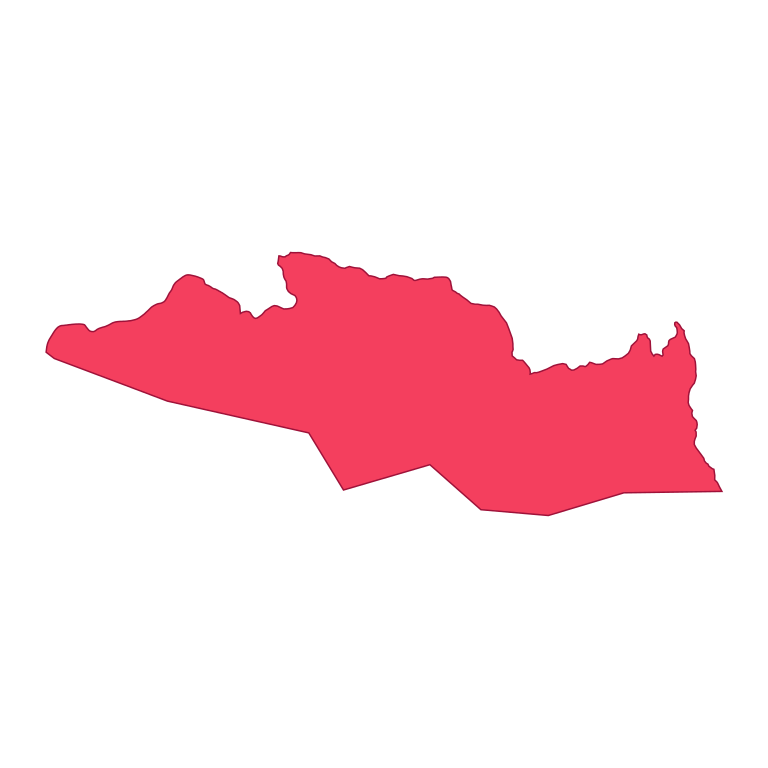 the district of Taklai, Geylegphug, Bhutan
{"feature_id": "84629894B24283524280478", "entity_name": "Taklai", "entity_type": "district", "adm_level": 2, "iso_a3": "BTN", "parent_name": "Bhutan", "parent_adm1": "Geylegphug", "projection": "orthographic", "projection_center": [90.652, 26.809], "detail": "fine", "context": "isolated", "style": "filled", "palette": "rose", "viewbox_px": 768, "rotation_deg": 0, "n_neighbors": 0, "source": "geoboundaries", "source_scale": "gbopen_adm2", "svg_char_len": 5982}
<svg xmlns="http://www.w3.org/2000/svg" viewBox="0 0 768 768"><path d="M278.9,255.9L278.2,261.2L277.7,263.5L278.4,265.0L280.3,266.4L282.2,268.4L283.2,271.2L283.3,274.2L283.9,277.1L284.5,278.5L285.2,279.8L286.1,281.2L286.6,283.9L286.6,286.2L286.6,287.5L286.9,288.8L288.4,291.5L290.9,293.6L293.6,294.9L294.9,295.5L295.6,296.5L296.3,297.6L296.6,298.5L296.9,300.4L296.4,302.8L294.8,305.5L292.8,307.6L289.5,308.5L286.9,308.9L285.3,308.9L283.9,309.0L282.2,308.3L279.0,306.8L277.2,306.0L275.8,305.8L274.3,305.6L272.9,306.1L271.7,306.6L270.2,307.6L267.0,309.7L265.3,310.7L263.7,312.7L262.0,314.6L260.7,315.6L258.3,317.3L257.2,318.0L255.3,318.4L254.1,317.9L252.6,316.5L251.1,314.3L250.4,312.9L249.5,312.3L248.8,311.7L247.6,311.5L246.5,311.3L245.3,311.5L242.5,312.3L240.4,313.5L240.0,309.2L239.7,305.6L238.7,303.7L238.0,302.6L237.1,301.7L236.0,300.9L234.9,300.1L233.8,299.4L232.6,298.9L231.3,298.4L230.1,298.0L228.9,297.5L227.8,296.7L226.7,295.9L225.7,295.2L224.6,294.4L223.5,293.7L222.4,292.9L221.2,292.3L220.1,291.6L218.9,291.0L217.8,290.3L216.6,289.7L215.4,289.1L214.1,288.8L212.9,288.4L211.8,287.7L210.7,286.8L209.6,286.2L208.4,285.5L207.1,285.1L205.9,284.6L204.9,283.8L204.5,282.5L204.1,281.2L203.6,279.9L202.8,279.1L201.6,278.5L200.4,278.0L199.1,277.5L197.9,277.0L196.6,276.6L195.4,276.2L194.1,275.9L192.8,275.6L191.4,275.3L190.1,275.0L188.8,274.9L187.5,274.9L186.3,275.1L185.1,275.6L183.9,276.3L182.7,277.0L181.7,277.8L180.6,278.6L179.5,279.4L178.5,280.2L177.4,281.0L176.4,281.8L175.4,282.7L174.6,283.8L173.8,284.9L173.2,286.0L172.7,287.3L172.2,288.5L171.7,289.7L171.0,290.8L170.2,291.9L169.4,293.0L168.8,294.1L168.2,295.3L167.6,296.5L167.0,297.7L166.3,298.8L165.6,300.0L164.8,301.0L163.8,301.9L162.6,302.5L161.4,303.1L160.1,303.4L158.8,303.6L157.5,303.9L156.3,304.4L155.1,305.0L153.9,305.6L152.8,306.3L151.7,307.0L150.7,307.9L149.8,308.8L148.8,309.8L147.9,310.7L146.9,311.6L145.9,312.5L145.0,313.4L144.0,314.3L142.9,315.1L141.9,315.9L140.8,316.7L139.7,317.5L138.6,318.2L137.4,318.8L136.2,319.3L134.9,319.7L133.7,320.0L132.4,320.3L131.1,320.6L129.8,320.8L128.4,320.9L127.1,321.1L125.8,321.2L124.5,321.3L123.2,321.3L121.9,321.4L120.5,321.4L119.2,321.5L117.9,321.6L116.6,321.8L115.3,322.0L114.0,322.4L112.8,322.8L111.6,323.4L110.4,324.1L109.3,324.7L108.1,325.3L106.9,325.8L105.6,326.4L104.4,326.8L103.1,327.1L101.8,327.5L100.6,327.9L99.3,328.3L98.1,328.9L97.0,329.5L95.9,330.4L94.8,331.1L93.6,331.6L92.3,331.6L90.9,331.4L89.7,330.9L88.7,330.1L87.8,329.0L87.0,328.0L86.1,326.9L85.4,325.8L84.5,324.8L83.3,324.4L82.0,324.2L79.8,324.0L78.4,324.0L77.1,324.1L75.8,324.1L74.5,324.2L73.2,324.3L71.8,324.4L70.5,324.6L69.2,324.7L67.9,324.9L66.6,325.1L65.3,325.2L64.0,325.4L62.6,325.5L61.3,325.6L60.0,326.0L58.9,326.6L57.8,327.3L56.8,328.3L55.9,329.3L55.1,330.3L54.3,331.4L53.6,332.5L52.9,333.6L52.2,334.8L51.5,335.9L50.8,337.0L50.1,338.2L49.4,339.3L48.8,340.5L48.3,341.7L47.8,342.9L47.4,344.2L47.1,345.5L46.8,346.8L46.1,352.2L54.3,358.5L125.3,385.2L167.4,401.1L308.8,432.9L343.5,490.0L429.9,464.7L480.9,509.7L548.3,515.5L623.9,492.8L721.9,491.4L719.3,486.6L717.7,483.2L716.9,482.0L714.7,479.8L714.8,475.5L713.9,469.3L712.3,468.7L708.9,466.2L707.9,464.1L706.3,463.2L704.5,461.0L703.8,458.3L701.2,454.7L696.2,448.0L694.3,444.5L694.3,441.4L695.1,438.7L696.2,436.0L696.1,432.0L695.1,430.3L696.7,428.2L697.2,424.6L696.9,422.3L696.3,420.6L694.0,418.3L692.4,416.5L691.8,413.1L692.5,410.4L691.2,408.8L689.0,405.4L688.2,402.5L688.5,399.4L688.5,396.0L689.0,392.8L690.2,388.8L692.7,385.1L694.3,383.2L695.5,379.4L696.2,375.8L695.6,371.7L695.8,369.3L695.6,365.1L695.3,362.0L694.4,358.6L691.3,355.7L689.9,353.6L689.8,351.2L689.3,347.8L688.5,343.6L686.7,340.5L685.7,338.9L684.6,335.6L684.0,332.7L684.2,330.8L681.7,328.6L679.5,324.8L676.9,322.2L675.6,322.2L674.8,322.8L674.7,324.6L675.2,326.0L676.7,327.7L677.1,329.9L677.3,332.8L676.9,334.3L675.3,337.1L670.3,339.4L669.0,340.6L668.6,342.2L668.5,344.0L667.9,345.7L663.2,349.0L662.7,350.6L662.6,351.7L662.8,352.9L663.1,354.9L662.0,356.2L658.9,354.6L657.1,354.2L655.2,354.4L653.9,356.1L651.9,353.6L651.4,352.3L650.7,351.4L650.3,343.4L650.2,341.0L649.3,339.1L647.7,337.9L647.0,336.4L646.8,335.0L645.0,333.8L643.9,333.9L641.2,334.8L639.7,334.6L638.8,334.2L638.1,336.3L637.6,339.2L636.6,340.9L631.4,345.9L630.2,350.2L628.4,353.3L625.3,355.8L622.2,357.9L618.4,358.9L612.8,358.6L611.3,359.0L606.9,360.9L602.6,363.9L600.0,364.3L596.0,364.4L591.5,362.7L589.7,362.3L588.7,363.5L588.1,364.4L586.1,366.2L585.1,366.6L583.0,366.0L580.1,366.0L577.3,368.2L573.9,370.0L571.6,370.2L569.8,369.0L568.6,368.4L567.3,366.4L566.1,364.4L562.7,363.6L557.9,364.5L553.8,365.6L546.9,369.1L542.2,370.9L538.9,372.1L536.6,372.7L534.4,372.6L532.0,373.6L530.1,374.1L530.3,372.8L529.9,369.7L529.0,367.7L527.8,366.3L525.6,363.6L523.8,361.5L522.6,360.3L519.7,360.3L516.6,359.8L514.7,358.0L512.2,355.9L512.0,352.2L512.5,351.3L513.1,349.5L512.9,346.4L512.9,343.8L512.2,338.3L511.5,336.3L508.7,328.5L506.5,322.9L504.5,320.3L501.1,315.9L499.1,312.3L496.6,309.0L494.4,307.0L491.7,306.0L489.3,305.3L486.7,305.4L483.0,305.2L477.8,304.2L475.0,304.2L471.0,303.4L466.9,299.9L462.4,296.8L460.1,295.0L459.3,294.1L457.2,293.3L455.5,291.9L452.8,290.5L452.0,289.7L451.5,286.7L451.1,285.0L450.5,281.4L448.9,278.8L447.6,277.7L446.1,277.2L442.7,277.0L439.1,277.1L434.3,277.3L432.6,278.3L429.8,278.7L427.7,279.1L423.4,278.8L422.3,278.8L419.7,279.2L415.7,280.4L414.1,280.4L411.9,278.5L409.7,277.7L406.9,276.7L402.9,276.0L399.2,275.7L393.3,274.4L389.1,275.9L386.7,277.0L385.8,278.3L382.5,278.7L379.6,278.8L377.0,277.7L374.7,276.8L370.9,275.9L368.9,275.8L365.7,272.5L362.6,269.7L359.7,268.2L354.9,267.8L352.1,267.2L349.5,266.5L346.0,267.7L345.1,268.3L341.5,267.8L339.2,267.0L336.8,265.5L334.9,263.5L331.5,261.7L328.9,259.0L325.4,257.6L322.6,257.0L319.9,255.9L314.8,256.0L310.9,254.7L304.7,253.9L300.9,252.7L298.3,252.6L296.3,252.7L295.2,252.7L292.6,252.7L290.5,252.5L289.4,254.2L288.4,255.0L286.2,255.9L285.2,256.8L283.7,256.9L282.3,256.7L280.3,256.0L278.9,255.9Z" fill="#f43f5e" stroke="#9f1239" stroke-width="1.5"/></svg>